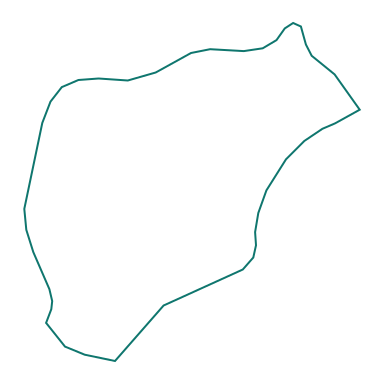 map outline of Ajlun (Albers equal-area conic projection)
{"feature_id": "JOR-855", "entity_name": "Ajlun", "entity_type": "Province", "adm_level": 1, "iso_a3": "JOR", "parent_name": "Jordan", "parent_adm1": "", "projection": "albers", "projection_center": [35.755, 32.279], "detail": "fine", "context": "isolated", "style": "outline", "palette": "teal", "viewbox_px": 384, "rotation_deg": 0, "n_neighbors": 0, "source": "natural_earth", "source_scale": "10m", "svg_char_len": 589}
<svg xmlns="http://www.w3.org/2000/svg" viewBox="0 0 384 384"><path d="M115.0,361.0L84.7,354.7L65.0,346.6L46.1,322.9L51.3,309.2L52.2,301.1L49.4,289.2L33.3,252.1L26.3,229.8L24.3,208.9L42.3,122.9L50.5,101.6L61.8,87.1L78.4,80.0L98.6,78.5L127.8,80.5L155.7,72.5L191.0,53.0L210.1,49.2L243.8,51.1L262.7,48.3L276.5,40.1L284.8,28.4L293.1,23.0L300.9,26.5L305.9,44.5L311.7,55.8L334.6,74.4L359.7,109.7L335.0,123.4L322.4,128.8L304.4,140.9L286.0,159.3L266.4,190.4L258.3,213.0L255.1,232.1L256.0,245.3L253.3,257.5L242.8,269.5L163.6,305.5L115.0,361.0Z" fill="none" stroke="#0f766e" stroke-width="2"/></svg>